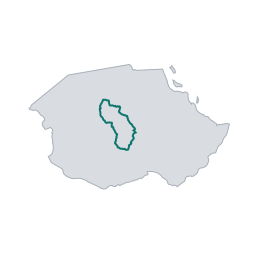 United Republic of Tanzania, with Singida highlighted, rotated 321°
{"feature_id": "TZA-3390", "entity_name": "Singida", "entity_type": "Region", "adm_level": 1, "iso_a3": "TZA", "parent_name": "United Republic of Tanzania", "parent_adm1": "", "projection": "albers", "projection_center": [34.489, -5.65], "detail": "fine", "context": "in_parent", "style": "outline", "palette": "teal", "viewbox_px": 256, "rotation_deg": 321, "n_neighbors": 0, "source": "natural_earth", "source_scale": "10m", "svg_char_len": 5682}
<svg xmlns="http://www.w3.org/2000/svg" viewBox="0 0 256 256"><g transform="rotate(321 128 128)"><path d="M99.7,172.9L97.3,171.6L95.1,170.9L93.4,170.0L92.6,169.2L90.9,168.9L89.5,168.8L88.2,168.0L85.4,167.7L85.1,167.2L85.1,166.1L84.6,165.8L83.6,165.5L82.6,165.5L81.9,165.7L81.5,165.6L80.6,164.9L79.8,164.1L79.5,162.7L78.2,161.9L76.8,161.2L72.8,161.3L72.2,161.1L71.2,160.4L70.1,159.3L69.2,158.0L68.4,156.2L67.6,153.9L62.9,144.4L62.5,142.6L61.5,140.7L60.1,138.2L58.5,136.4L56.4,134.8L54.0,133.2L52.7,132.1L50.2,127.7L49.6,125.6L49.2,123.4L49.4,122.5L50.9,119.7L51.1,119.0L50.9,117.9L50.1,115.7L49.1,113.0L47.1,108.1L46.8,106.9L46.8,105.9L47.9,100.9L47.9,100.2L52.5,100.3L55.9,98.1L58.8,94.8L59.4,93.4L60.5,91.3L61.7,90.3L62.2,89.6L62.8,87.5L64.3,86.0L65.8,85.0L65.5,84.2L65.7,83.9L66.6,83.3L68.1,82.8L68.4,81.7L68.4,80.5L68.2,79.8L68.2,79.0L68.0,78.6L66.9,78.5L65.4,77.9L64.1,77.6L63.2,77.2L62.9,77.0L62.7,76.2L63.4,74.3L62.7,73.6L64.3,70.4L64.6,70.0L65.2,69.9L66.1,69.6L66.9,69.4L67.7,69.6L68.2,69.4L68.6,69.1L69.0,68.0L69.3,66.2L69.1,64.7L68.4,63.6L68.3,61.9L68.5,59.6L68.3,57.7L67.6,56.2L66.8,55.3L65.6,54.8L63.8,52.5L63.2,51.4L63.3,50.7L64.0,50.4L65.1,50.5L66.2,50.2L67.2,49.5L68.2,49.3L68.7,49.4L115.0,49.3L168.9,79.4L169.1,79.8L169.5,82.4L169.4,83.2L168.6,84.7L168.3,85.5L168.3,86.0L168.5,86.3L169.2,86.3L169.8,86.7L170.0,87.0L170.5,88.1L171.1,88.7L191.4,103.6L191.9,103.8L191.6,105.0L190.4,108.0L190.3,109.3L189.8,110.7L189.4,111.7L188.2,115.9L187.2,117.5L185.8,121.2L185.6,124.0L186.3,126.0L186.6,127.9L188.1,129.7L189.4,130.3L190.2,131.2L191.7,133.1L192.6,135.0L195.3,136.0L196.3,138.1L195.9,139.6L194.7,140.8L193.5,142.8L192.5,145.4L192.4,149.3L193.1,148.7L194.5,149.7L194.7,152.6L193.2,156.0L192.7,157.6L192.6,159.0L193.6,163.0L195.2,165.1L195.1,165.8L194.7,166.3L197.4,170.0L197.2,173.2L198.2,175.7L198.6,177.8L199.3,179.5L199.4,180.6L198.5,181.9L200.6,182.2L201.7,183.2L202.3,184.2L203.7,184.2L204.5,184.9L205.6,185.5L208.1,187.1L208.8,188.0L209.2,188.8L202.3,193.9L199.8,195.3L198.0,195.9L196.1,196.2L194.3,197.0L192.5,198.3L190.4,198.9L187.7,198.9L184.9,199.8L180.5,202.4L177.9,200.9L175.9,200.4L173.6,200.5L172.2,200.6L171.7,201.0L171.3,201.9L170.9,203.4L169.4,204.8L166.7,206.2L164.3,206.7L162.0,206.3L160.5,205.7L159.7,204.9L158.6,204.6L157.0,204.6L155.5,205.2L154.1,206.3L151.9,206.7L148.8,206.6L147.1,206.0L146.9,205.1L145.6,204.1L143.1,202.9L141.3,202.8L140.1,204.0L139.0,204.7L138.1,205.0L137.2,205.0L136.0,204.7L132.5,204.6L129.3,204.6L129.0,203.0L128.3,201.9L127.7,201.3L126.6,201.2L126.3,200.7L125.9,199.7L125.4,198.8L124.7,198.0L124.2,197.4L124.1,196.7L124.2,196.0L124.9,194.3L125.1,193.1L125.0,191.9L124.6,190.7L123.9,189.2L124.0,188.8L123.7,187.8L123.7,187.1L123.8,186.2L123.7,185.1L123.0,182.6L123.0,182.0L122.3,180.8L120.2,178.0L120.1,177.6L116.7,174.7L115.3,174.1L114.8,174.7L114.7,175.1L114.8,176.1L114.7,176.5L113.8,176.7L113.3,176.6L112.0,175.8L111.0,175.6L108.5,175.8L107.7,176.0L107.0,175.8L105.7,174.5L104.1,174.2L102.7,174.1L100.5,172.7L99.7,172.9ZM195.7,125.6L196.8,128.8L196.6,129.3L195.9,129.7L195.4,129.7L195.0,129.2L194.6,128.2L194.0,128.4L193.0,127.1L192.0,127.1L191.1,125.6L191.5,124.2L191.3,122.0L192.4,120.9L193.0,118.9L193.7,120.3L193.9,122.3L194.8,124.7L195.7,125.6ZM201.3,107.0L201.3,107.7L201.1,108.4L201.1,110.7L201.0,112.1L200.2,114.2L199.5,114.9L198.9,114.7L198.4,114.3L198.0,113.8L198.8,110.0L198.5,107.3L200.0,107.6L201.3,107.0ZM198.6,152.2L197.8,152.3L197.5,152.2L197.0,151.5L197.9,151.0L198.7,150.0L200.6,148.5L201.5,147.4L201.4,148.5L200.3,151.0L199.4,151.2L198.6,152.2Z" fill="#d9dde1" stroke="#a8b0b8" stroke-width="1"/><path d="M135.0,105.9L135.0,106.4L134.8,106.9L134.7,107.3L131.1,109.7L131.0,110.2L131.3,110.7L131.4,111.3L131.3,111.8L131.5,112.4L131.8,113.0L132.0,114.0L132.4,114.5L132.8,114.9L132.9,115.4L133.2,115.8L133.4,115.9L133.6,116.1L133.8,116.2L133.9,116.5L133.9,116.8L134.3,117.4L134.8,117.9L134.9,118.3L134.6,118.7L134.2,119.1L134.1,119.7L134.0,120.3L133.6,120.8L133.1,122.0L133.0,123.7L132.7,125.1L132.8,126.3L133.1,126.9L133.2,127.4L133.2,128.0L133.0,128.4L132.8,129.8L133.1,132.3L132.7,133.3L130.8,133.3L131.1,134.7L131.1,136.3L130.6,136.1L129.9,136.0L129.3,135.9L128.8,135.8L128.6,136.0L128.3,136.2L128.0,136.3L127.7,136.5L127.1,136.9L126.6,137.3L126.4,138.7L125.9,139.8L121.6,140.7L120.8,141.5L120.9,142.0L120.6,142.2L119.9,142.3L119.2,142.3L118.6,142.1L117.9,142.1L117.4,142.6L116.9,143.2L115.7,144.1L114.5,144.8L113.8,144.5L113.2,144.1L112.9,144.0L112.7,143.8L112.6,143.2L112.3,142.6L112.3,142.2L112.1,141.9L111.3,141.6L111.0,141.3L110.8,141.0L110.4,140.4L109.9,139.9L109.3,139.6L108.9,139.0L108.8,138.2L108.6,137.5L108.3,137.0L107.8,136.6L108.5,135.3L108.4,133.8L108.5,132.2L108.3,131.9L109.0,131.0L109.2,130.9L110.3,130.5L111.8,129.0L112.4,128.6L112.7,128.4L113.0,128.4L113.7,127.4L114.6,126.7L115.6,126.0L115.5,125.5L115.3,125.0L115.4,123.8L116.1,120.9L116.2,119.6L116.2,119.3L116.3,119.1L116.7,118.7L117.0,118.1L116.9,117.5L116.5,117.1L116.2,116.8L116.8,115.8L117.8,115.0L118.3,114.4L118.7,113.8L118.4,113.4L117.1,112.0L116.6,111.7L116.1,111.3L115.5,110.9L114.7,110.7L114.3,110.2L114.2,109.6L114.1,109.0L114.5,107.8L114.4,107.3L114.1,106.6L114.1,105.8L114.6,104.4L114.6,103.1L114.4,101.9L114.7,100.6L116.5,98.3L117.1,96.9L117.9,95.6L118.2,95.3L118.7,95.5L119.1,95.5L119.2,95.0L119.4,94.8L119.5,94.5L119.6,93.9L120.1,93.4L121.0,93.1L121.4,92.7L121.8,92.4L122.3,92.3L122.9,92.1L125.4,91.1L125.6,90.8L126.0,90.5L126.5,90.4L127.4,91.2L128.4,92.0L128.9,93.1L130.2,94.5L130.2,94.9L129.4,96.0L128.6,97.4L128.1,98.9L128.7,99.7L129.7,100.3L130.5,101.1L131.0,102.3L132.0,102.8L132.1,103.3L132.1,104.0L132.7,104.4L133.6,104.5L134.1,105.6L135.0,105.9Z" fill="none" stroke="#0f766e" stroke-width="2"/></g></svg>